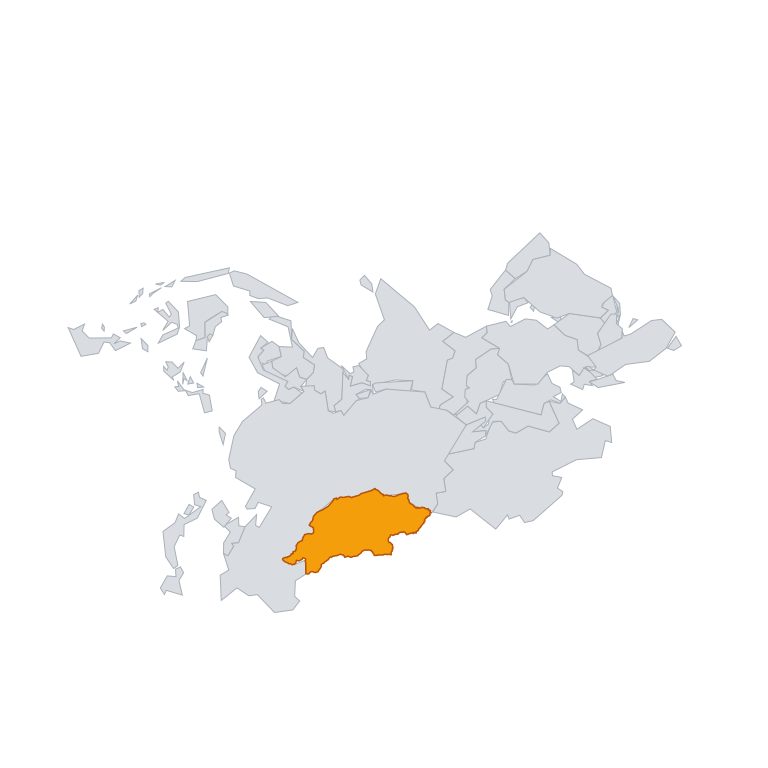 Mongolia on a map of Asia (Mercator projection), rotated 156°
{"feature_id": "MNG", "entity_name": "Mongolia", "entity_type": "country or territory", "adm_level": 0, "iso_a3": "MNG", "parent_name": "Asia", "parent_adm1": "", "projection": "mercator", "projection_center": [102.872, 46.856], "detail": "fine", "context": "in_parent", "style": "filled", "palette": "amber", "viewbox_px": 768, "rotation_deg": 156, "n_neighbors": 45, "source": "natural_earth", "source_scale": "50m", "svg_char_len": 18774}
<svg xmlns="http://www.w3.org/2000/svg" viewBox="0 0 768 768"><g transform="rotate(156 384 384)"><path d="M391.4,247.2L383.7,252.7L380.8,263.1L371.3,260.8L367.8,273.3L355.8,277.5L360.1,289.2L357.2,294.6L328.1,288.4L324.6,293.6L313.5,292.3L301.3,305.4L292.0,302.2L289.1,290.4L283.3,285.5L269.4,287.0L252.5,273.0L240.1,277.0L240.3,301.3L231.2,294.8L223.6,298.3L223.6,291.7L213.1,279.6L226.2,275.2L226.2,264.2L207.3,267.3L194.6,253.2L199.8,237.9L204.8,242.3L215.3,228.4L239.1,236.6L266.2,235.3L267.4,231.7L259.6,226.3L267.9,218.3L264.4,212.8L266.6,210.0L303.3,198.5L312.0,200.3L313.5,208.9L324.7,209.7L324.3,214.2L341.0,206.0L356.1,234.8L372.2,233.2L391.4,247.2Z" fill="#d9dde1" stroke="#a8b0b8" stroke-width="1"/><path d="M240.3,301.3L240.1,277.0L252.5,273.0L269.4,287.0L283.3,285.5L289.1,290.4L292.0,302.2L299.5,305.5L312.5,295.2L309.9,300.0L322.5,304.2L316.4,308.7L310.7,308.3L311.0,303.6L304.6,305.0L300.8,312.6L296.8,312.3L300.1,321.1L297.4,327.2L253.1,292.0L245.7,301.2L240.3,301.3Z" fill="#d9dde1" stroke="#a8b0b8" stroke-width="1"/><path d="M649.5,532.5L649.6,564.0L645.3,560.0L633.2,560.6L638.2,555.3L634.7,545.9L614.2,537.0L610.9,539.8L606.1,533.5L614.3,530.6L607.3,530.6L599.0,524.5L615.7,523.7L617.8,533.3L622.8,536.2L632.3,528.2L649.5,532.5ZM572.3,562.9L569.8,569.0L565.1,569.5L567.6,564.9L572.3,562.9ZM616.8,553.2L616.3,549.6L618.2,546.2L619.3,549.9L616.8,553.2ZM538.2,500.0L535.5,504.4L543.6,515.6L537.9,516.2L529.9,539.3L501.4,534.1L495.3,518.0L498.7,510.3L502.8,516.2L518.6,514.1L522.5,513.1L528.5,499.2L538.2,500.0ZM586.4,536.3L598.8,534.9L600.5,538.5L586.4,536.3ZM581.5,538.2L578.2,537.3L577.2,535.3L582.1,535.0L581.5,538.2ZM586.6,509.5L590.2,514.5L587.4,524.3L584.0,515.1L586.6,509.5ZM552.7,513.7L573.6,513.1L566.1,518.8L549.3,518.8L548.6,522.5L552.9,526.7L564.5,522.9L555.7,529.1L563.6,545.7L559.2,545.4L561.5,541.5L555.6,542.0L553.1,532.6L549.9,534.1L550.5,546.6L547.4,547.3L542.5,533.4L547.6,519.2L552.7,513.7ZM552.1,568.2L543.4,566.2L547.9,565.2L552.1,568.2ZM548.0,562.5L558.1,560.8L562.4,559.0L561.7,561.7L548.0,562.5ZM538.3,559.0L544.2,562.0L532.7,563.6L538.3,559.0ZM481.3,548.4L512.9,553.5L527.7,560.4L522.3,562.2L478.0,553.0L481.3,548.4ZM468.7,523.4L481.6,534.7L480.2,548.2L474.8,548.3L464.6,540.3L429.5,493.6L440.1,494.7L455.3,509.9L464.2,513.2L470.6,519.5L468.7,523.4Z" fill="#d9dde1" stroke="#a8b0b8" stroke-width="1"/><path d="M572.9,565.4L577.0,560.7L583.7,560.5L572.9,565.4Z" fill="#d9dde1" stroke="#a8b0b8" stroke-width="1"/><path d="M143.4,350.0L139.3,358.1L139.1,371.3L135.9,361.7L139.9,351.1L143.4,350.0Z" fill="#d9dde1" stroke="#a8b0b8" stroke-width="1"/><path d="M147.2,344.6L140.0,351.1L146.4,342.4L147.2,344.6Z" fill="#d9dde1" stroke="#a8b0b8" stroke-width="1"/><path d="M142.1,355.1L139.1,361.0L140.3,354.3L142.1,355.1Z" fill="#d9dde1" stroke="#a8b0b8" stroke-width="1"/><path d="M142.1,355.1L157.7,349.4L159.6,356.4L149.1,360.1L153.9,365.7L144.6,373.0L139.1,371.3L142.1,355.1Z" fill="#d9dde1" stroke="#a8b0b8" stroke-width="1"/><path d="M219.2,399.7L230.9,400.3L241.7,391.9L235.7,408.8L221.2,406.2L219.2,399.7Z" fill="#d9dde1" stroke="#a8b0b8" stroke-width="1"/><path d="M215.5,397.0L215.2,393.1L217.8,389.7L219.3,394.5L215.5,397.0Z" fill="#d9dde1" stroke="#a8b0b8" stroke-width="1"/><path d="M198.6,368.2L204.0,376.5L195.1,373.5L198.6,368.2Z" fill="#d9dde1" stroke="#a8b0b8" stroke-width="1"/><path d="M159.6,356.4L157.7,349.4L168.3,343.4L169.7,331.9L176.9,325.8L186.4,327.1L192.7,336.0L189.5,346.0L198.8,354.6L204.7,368.9L186.1,373.1L159.6,356.4Z" fill="#d9dde1" stroke="#a8b0b8" stroke-width="1"/><path d="M236.7,407.7L242.4,396.1L258.8,409.8L249.3,420.5L248.6,427.1L226.6,438.7L221.2,426.8L235.7,421.7L238.9,411.4L236.7,407.7ZM242.8,388.7L240.8,390.0L242.2,388.2L242.8,388.7Z" fill="#d9dde1" stroke="#a8b0b8" stroke-width="1"/><path d="M464.6,460.9L466.6,450.8L481.3,452.5L483.4,449.1L488.8,454.2L488.2,460.1L480.1,463.9L482.3,466.9L469.0,468.5L464.6,460.9Z" fill="#d9dde1" stroke="#a8b0b8" stroke-width="1"/><path d="M477.3,450.6L466.6,450.8L464.6,460.9L452.6,454.9L448.4,475.3L462.5,490.0L457.7,492.5L443.3,479.6L450.2,462.3L443.5,446.3L446.9,441.1L439.6,429.6L443.8,423.2L452.7,419.6L458.3,424.5L457.3,434.4L467.6,430.3L474.9,434.8L479.1,444.1L477.3,450.6Z" fill="#d9dde1" stroke="#a8b0b8" stroke-width="1"/><path d="M487.7,450.9L477.3,450.6L479.1,444.1L471.2,430.7L457.3,434.4L458.3,424.5L452.7,419.6L460.9,415.7L460.1,409.7L467.6,417.8L473.5,417.8L475.4,422.3L470.9,425.5L487.4,442.4L487.7,450.9Z" fill="#d9dde1" stroke="#a8b0b8" stroke-width="1"/><path d="M452.7,419.6L443.8,423.2L439.6,429.6L446.9,441.1L443.5,446.3L450.2,462.3L445.2,471.9L445.0,456.3L438.5,437.3L429.9,443.4L424.2,441.8L424.9,430.8L415.1,414.1L428.7,387.2L438.4,384.5L439.3,378.1L445.8,382.2L440.7,401.5L445.7,400.6L449.9,406.5L448.5,410.8L457.7,412.2L452.7,419.6Z" fill="#d9dde1" stroke="#a8b0b8" stroke-width="1"/><path d="M473.0,469.2L482.3,466.9L480.1,463.9L488.2,460.1L488.6,445.9L470.9,425.5L475.4,422.3L473.5,417.8L467.6,417.8L462.6,409.0L477.8,404.4L490.9,413.7L479.4,426.5L494.9,445.6L496.4,463.4L477.0,478.4L473.0,469.2Z" fill="#d9dde1" stroke="#a8b0b8" stroke-width="1"/><path d="M599.6,294.3L595.1,304.1L584.7,311.2L587.9,319.8L571.1,321.4L574.3,313.5L568.9,310.1L572.9,306.0L581.5,298.1L587.9,300.3L587.2,296.9L596.5,290.5L599.6,294.3Z" fill="#d9dde1" stroke="#a8b0b8" stroke-width="1"/><path d="M578.1,323.5L588.6,318.3L593.9,329.4L592.2,339.5L579.6,343.6L577.8,329.7L581.4,328.7L578.1,323.5Z" fill="#d9dde1" stroke="#a8b0b8" stroke-width="1"/><path d="M439.3,378.1L438.4,384.5L428.7,387.2L416.9,411.2L414.4,402.9L412.3,406.3L409.6,403.6L415.5,395.8L403.7,394.2L397.1,387.9L395.5,391.6L398.9,394.4L394.8,398.3L397.8,399.7L398.7,413.0L389.5,414.0L387.2,420.9L366.5,439.2L357.5,442.5L355.3,469.8L344.1,481.5L324.8,442.0L320.5,414.7L310.1,417.2L299.1,402.6L312.9,399.1L305.5,385.3L310.8,379.6L316.4,380.0L333.1,355.8L325.9,344.0L340.9,342.0L345.5,337.1L350.7,343.9L349.9,360.0L361.3,367.5L356.4,375.2L371.8,383.0L394.7,388.1L398.0,379.1L398.5,384.4L402.8,386.5L413.8,385.8L412.2,380.8L433.5,371.6L434.1,377.3L439.3,378.1Z" fill="#d9dde1" stroke="#a8b0b8" stroke-width="1"/><path d="M414.4,402.9L415.5,418.3L410.9,407.4L406.5,407.2L405.4,412.3L399.4,411.1L394.8,398.3L398.9,394.4L395.5,391.6L397.1,387.9L403.7,394.2L415.5,395.8L409.6,403.6L412.3,406.3L414.4,402.9Z" fill="#d9dde1" stroke="#a8b0b8" stroke-width="1"/><path d="M412.2,380.8L413.8,385.8L398.5,384.4L404.1,377.9L412.2,380.8Z" fill="#d9dde1" stroke="#a8b0b8" stroke-width="1"/><path d="M395.0,380.2L394.7,388.1L390.7,388.2L356.4,375.2L363.3,366.2L384.0,378.4L395.0,380.2Z" fill="#d9dde1" stroke="#a8b0b8" stroke-width="1"/><path d="M345.5,337.1L340.9,342.0L325.9,344.0L333.1,355.8L316.4,380.0L310.8,379.6L305.5,385.3L312.9,399.1L299.1,402.6L290.4,393.4L266.9,395.2L268.7,389.0L275.7,386.3L263.9,369.5L272.0,372.3L290.3,369.1L293.1,361.2L304.5,357.9L316.7,331.0L332.7,327.3L337.6,334.7L345.5,337.1Z" fill="#d9dde1" stroke="#a8b0b8" stroke-width="1"/><path d="M282.6,327.4L304.0,327.2L311.7,319.0L316.7,329.7L323.5,325.1L332.7,327.3L313.9,333.6L315.6,339.1L312.1,345.9L307.5,345.7L309.4,349.5L304.5,357.9L293.1,361.2L290.3,369.1L272.0,372.3L263.9,369.5L268.3,364.4L262.3,351.7L265.5,336.1L274.1,337.6L282.6,327.4Z" fill="#d9dde1" stroke="#a8b0b8" stroke-width="1"/><path d="M297.4,327.2L300.1,321.1L296.8,312.3L311.0,303.6L312.7,308.1L305.3,312.6L325.5,313.2L331.8,325.5L316.7,329.7L311.7,319.0L304.0,327.2L297.4,327.2Z" fill="#d9dde1" stroke="#a8b0b8" stroke-width="1"/><path d="M312.5,295.2L324.6,293.6L328.1,288.4L357.2,294.6L325.5,313.2L305.3,312.6L305.7,309.0L322.5,304.2L309.9,300.0L312.5,295.2Z" fill="#d9dde1" stroke="#a8b0b8" stroke-width="1"/><path d="M223.6,298.3L231.2,294.8L237.8,301.6L245.7,301.2L253.1,292.0L291.2,322.2L291.1,325.9L287.4,324.1L270.4,338.4L265.5,336.1L265.1,331.1L246.9,321.8L230.5,326.9L230.3,316.2L224.6,309.4L225.6,304.1L234.4,303.6L229.5,296.1L225.1,302.4L223.6,298.3Z" fill="#d9dde1" stroke="#a8b0b8" stroke-width="1"/><path d="M204.7,368.9L198.8,354.6L189.5,346.0L192.7,336.0L183.8,322.2L183.3,313.2L193.0,317.5L202.3,312.3L207.8,324.6L215.7,328.9L230.0,328.3L243.5,321.3L265.1,331.1L262.3,351.7L268.3,364.4L263.9,369.5L275.7,386.3L268.7,389.0L266.9,395.2L247.2,391.7L245.1,385.1L228.4,386.0L218.9,380.3L212.2,367.7L204.7,368.9Z" fill="#d9dde1" stroke="#a8b0b8" stroke-width="1"/><path d="M142.9,353.3L147.2,344.6L143.8,337.6L147.8,329.2L174.8,326.7L169.7,331.9L168.3,343.4L148.3,355.5L142.9,353.3Z" fill="#d9dde1" stroke="#a8b0b8" stroke-width="1"/><path d="M194.8,317.3L181.1,308.0L180.7,302.7L190.2,304.5L194.8,317.3Z" fill="#d9dde1" stroke="#a8b0b8" stroke-width="1"/><path d="M186.4,327.1L147.8,329.2L145.0,335.1L145.0,330.2L138.1,329.3L113.9,333.2L104.0,330.1L96.9,313.0L111.7,301.9L132.3,296.8L155.5,303.6L176.1,299.6L186.6,311.4L183.3,313.2L186.4,327.1ZM96.7,298.0L105.7,296.8L110.5,301.4L97.8,308.7L96.7,298.0Z" fill="#d9dde1" stroke="#a8b0b8" stroke-width="1"/><path d="M364.6,483.7L363.8,488.7L357.6,491.2L354.5,480.4L356.7,472.5L364.6,483.7Z" fill="#d9dde1" stroke="#a8b0b8" stroke-width="1"/><path d="M497.8,430.9L493.7,424.9L504.1,421.3L501.9,428.4L497.8,430.9ZM325.5,313.2L360.1,289.2L355.8,277.5L367.8,273.3L371.3,260.8L380.8,263.1L383.7,252.7L393.2,246.6L408.7,263.9L408.6,275.0L429.6,282.1L434.6,292.2L456.2,292.6L476.1,299.5L496.7,293.5L509.1,285.4L506.8,280.7L509.3,276.3L517.0,278.3L536.0,265.4L546.8,265.3L539.1,255.5L526.7,255.0L532.4,242.2L545.0,240.3L552.0,226.3L549.3,220.1L559.2,214.7L577.0,219.8L585.3,243.1L593.6,245.5L601.3,257.5L620.7,252.5L611.4,276.0L601.5,277.2L599.6,294.3L596.5,290.5L587.2,296.9L587.9,300.3L581.5,298.1L568.9,310.1L553.5,316.5L558.8,307.0L556.3,303.7L536.5,317.5L547.0,327.1L552.4,322.8L559.8,325.3L560.5,328.5L544.3,340.5L557.6,359.0L554.5,364.8L558.5,369.5L556.5,378.3L541.9,398.1L528.6,407.3L504.1,414.5L502.4,420.0L499.8,420.3L499.6,414.5L486.1,412.4L484.5,407.3L477.8,404.4L460.1,409.7L460.9,415.7L448.5,410.8L449.9,406.5L445.7,400.6L440.7,401.5L445.8,382.2L442.1,377.7L434.1,377.3L433.5,371.6L416.1,380.1L404.1,377.9L398.4,383.3L398.0,379.1L384.0,378.4L349.9,360.0L350.7,343.9L337.6,334.7L325.5,313.2Z" fill="#d9dde1" stroke="#a8b0b8" stroke-width="1"/><path d="M555.6,394.1L554.1,407.3L552.0,411.6L548.9,403.3L555.6,394.1Z" fill="#d9dde1" stroke="#a8b0b8" stroke-width="1"/><path d="M194.3,297.8L201.1,302.3L204.8,298.1L213.5,308.0L209.5,308.5L206.2,320.1L202.3,312.3L194.8,317.3L190.5,310.3L187.4,301.7L194.8,302.9L194.3,297.8ZM193.0,317.5L189.7,316.7L186.6,311.4L191.1,312.9L193.0,317.5Z" fill="#d9dde1" stroke="#a8b0b8" stroke-width="1"/><path d="M163.3,287.5L189.8,293.6L195.4,302.1L171.0,299.9L170.5,292.7L163.3,287.5Z" fill="#d9dde1" stroke="#a8b0b8" stroke-width="1"/><path d="M554.5,460.8L550.0,454.6L555.8,456.5L554.5,460.8ZM562.8,476.4L562.6,467.3L564.5,470.3L568.0,465.6L562.8,476.4ZM574.5,472.8L579.9,485.3L578.2,489.7L576.5,484.8L574.2,487.2L574.4,493.1L568.7,490.3L565.8,482.1L557.6,485.3L565.2,478.0L574.7,476.5L574.5,472.8ZM546.9,468.9L534.8,479.6L546.1,464.9L546.9,468.9ZM559.7,430.7L556.7,450.3L567.4,453.0L568.0,459.1L562.5,454.1L551.4,452.6L553.2,449.3L548.0,444.9L551.9,429.3L559.7,430.7ZM558.0,469.4L557.5,462.3L563.4,463.8L558.0,469.4ZM574.9,461.0L576.2,466.5L572.5,465.2L571.5,470.9L568.9,459.0L574.9,461.0Z" fill="#d9dde1" stroke="#a8b0b8" stroke-width="1"/><path d="M452.6,488.8L466.4,493.3L472.5,513.7L458.9,506.7L452.6,488.8ZM538.2,500.0L528.5,499.2L522.5,513.1L502.8,516.2L499.5,513.5L498.7,510.3L505.9,511.1L506.9,507.0L514.7,505.0L520.5,498.2L526.0,499.2L532.7,486.6L544.5,493.9L538.2,500.0Z" fill="#d9dde1" stroke="#a8b0b8" stroke-width="1"/><path d="M526.5,493.7L526.0,499.2L522.7,500.7L520.5,498.2L526.5,493.7Z" fill="#d9dde1" stroke="#a8b0b8" stroke-width="1"/><path d="M653.7,314.8L645.9,339.2L631.3,342.3L624.4,348.9L621.0,342.3L601.3,346.5L606.1,350.7L602.9,360.4L597.5,360.6L598.7,355.5L593.7,349.9L609.1,337.4L623.8,336.9L628.9,326.2L632.1,329.1L641.9,320.7L646.1,302.1L651.2,300.9L653.7,314.8ZM666.8,284.0L670.2,281.1L671.3,288.6L660.0,296.9L652.4,292.5L649.8,299.6L644.4,299.7L643.8,293.2L651.3,287.8L654.1,273.2L666.8,284.0ZM607.9,348.9L615.3,343.7L619.5,346.9L611.0,353.3L607.9,348.9Z" fill="#d9dde1" stroke="#a8b0b8" stroke-width="1"/><path d="M221.2,426.8L226.6,438.7L222.0,444.0L180.2,458.7L176.0,445.9L179.8,434.0L197.2,437.2L207.4,428.8L221.2,426.8Z" fill="#d9dde1" stroke="#a8b0b8" stroke-width="1"/><path d="M139.2,372.1L151.5,368.5L153.9,365.7L149.1,360.1L159.6,356.4L186.1,373.1L199.4,374.0L212.3,386.6L221.2,406.2L236.7,407.7L238.9,411.4L235.7,421.7L207.4,428.8L197.2,437.2L179.8,434.0L176.9,440.2L159.3,415.1L156.2,402.6L137.7,379.2L139.2,372.1Z" fill="#d9dde1" stroke="#a8b0b8" stroke-width="1"/><path d="M137.4,336.0L129.7,342.5L126.2,339.4L137.4,336.0Z" fill="#d9dde1" stroke="#a8b0b8" stroke-width="1"/><path d="M393.5,247.5L394.1,247.5L395.0,246.9L395.1,246.5L395.1,245.9L395.4,245.4L396.3,245.2L396.6,245.3L397.5,245.2L398.0,245.5L398.4,245.4L398.6,245.2L398.6,244.8L398.8,244.8L399.1,245.2L399.3,245.3L399.8,245.0L400.1,244.8L400.2,244.3L400.4,244.1L400.7,244.2L401.2,244.2L401.5,243.9L402.4,243.4L402.5,243.2L402.3,242.7L402.4,242.1L402.8,241.7L403.5,241.7L404.0,241.4L404.1,240.8L404.3,240.6L405.1,240.5L406.6,239.7L407.2,239.7L407.7,239.0L408.1,238.9L409.0,238.2L410.5,237.8L410.9,237.8L411.0,237.4L411.4,237.1L411.7,237.0L412.3,236.3L412.7,236.1L414.6,236.0L415.0,235.5L415.1,234.9L415.4,234.8L415.7,235.3L416.5,235.9L416.7,236.1L417.0,236.2L417.4,235.5L417.8,235.4L418.2,235.5L418.5,236.4L419.0,236.8L419.8,236.7L421.5,236.9L423.7,237.0L424.5,237.1L424.7,237.5L425.0,239.1L425.0,239.7L425.2,240.0L425.5,240.1L426.0,240.7L426.3,241.2L426.8,241.0L427.8,241.0L428.2,241.3L428.3,241.6L428.7,241.8L430.0,241.8L430.2,242.0L430.6,242.0L430.9,241.7L431.5,241.6L431.9,241.2L432.2,241.2L432.6,241.6L432.9,241.5L433.0,241.3L434.0,241.7L434.4,242.1L434.8,242.1L435.4,241.9L435.5,242.1L435.8,242.2L436.4,242.0L437.7,242.2L438.2,242.8L438.4,243.1L438.7,243.3L439.5,243.3L440.3,242.5L440.6,242.0L441.2,241.7L441.9,241.7L442.3,241.4L442.6,241.2L443.1,240.7L443.8,239.1L444.0,237.7L443.9,237.3L443.6,237.1L443.3,237.0L442.7,236.5L442.4,235.5L442.3,234.9L441.7,233.9L441.8,233.4L442.1,232.5L442.2,231.6L442.3,231.1L442.5,230.9L442.7,230.3L443.1,230.0L443.4,230.0L443.6,229.9L443.7,229.3L444.0,228.6L444.3,228.2L445.6,227.6L446.2,226.8L446.4,226.4L446.6,225.5L446.9,225.1L447.2,225.2L447.5,225.8L447.8,225.8L449.3,226.6L450.8,227.0L451.8,227.9L452.3,228.1L454.4,228.2L458.1,229.8L458.8,230.3L459.2,230.1L459.7,230.2L462.3,231.1L462.6,231.4L462.6,231.8L462.5,232.1L462.5,232.9L462.7,233.4L462.9,234.5L462.8,235.1L462.9,235.4L463.1,235.5L463.3,235.9L463.2,236.5L463.2,236.9L463.4,237.2L464.1,237.4L464.4,237.9L465.1,238.4L465.9,238.8L467.4,239.1L467.7,239.3L468.1,239.8L468.6,239.9L469.7,240.3L470.5,240.0L471.8,240.2L472.3,240.1L473.1,239.3L473.7,239.0L474.3,238.9L474.7,238.8L476.1,238.5L476.7,238.4L477.5,237.9L478.1,237.8L479.6,238.2L480.4,238.3L481.4,238.8L482.1,239.0L483.8,238.9L484.5,239.0L485.6,239.9L486.1,240.7L487.0,241.4L488.9,241.5L490.3,241.7L490.4,241.9L490.4,242.5L490.4,243.6L490.5,243.9L490.7,244.0L490.8,244.4L491.7,244.9L492.6,245.8L493.2,246.2L493.6,246.4L494.2,246.3L496.6,246.3L497.7,246.6L498.0,246.8L501.3,247.5L501.8,247.2L502.4,247.1L503.3,247.7L503.7,247.7L504.3,247.5L506.7,246.1L507.2,246.2L508.6,245.8L510.3,245.6L511.7,244.9L512.3,244.8L513.3,245.0L513.8,244.9L515.0,244.2L515.5,242.8L517.5,241.3L519.0,240.6L519.9,239.8L521.0,239.3L521.4,239.4L523.1,239.6L524.4,240.3L524.8,240.9L525.7,241.7L526.4,242.1L527.8,242.2L529.8,241.2L530.2,241.3L530.9,241.5L531.8,241.9L532.2,242.2L532.5,242.6L529.3,249.9L529.3,250.3L528.9,251.0L528.3,251.8L528.2,252.7L528.2,253.5L528.1,254.2L526.9,255.1L527.0,256.4L527.3,256.9L527.8,257.4L528.7,258.2L529.1,258.1L529.5,257.5L530.3,257.0L531.6,257.2L532.3,257.0L532.8,256.9L533.5,257.1L534.3,257.4L534.9,257.9L535.4,258.4L535.7,258.5L536.2,257.9L536.6,257.4L537.7,256.1L538.7,256.0L539.0,255.9L539.5,255.8L539.9,256.0L541.2,256.1L541.5,256.4L542.4,257.7L543.7,258.3L544.0,258.5L544.2,259.2L544.4,259.4L545.0,259.8L545.2,260.2L546.1,261.3L547.0,262.1L547.2,262.5L547.3,262.9L547.4,263.3L547.9,264.1L547.9,264.6L547.9,265.0L547.8,265.4L547.0,265.9L546.6,265.9L545.9,265.7L545.2,265.8L544.4,265.7L543.7,265.3L543.4,265.0L542.8,264.8L542.6,264.9L542.3,265.3L541.9,265.2L541.6,265.3L540.3,265.1L539.1,265.5L538.4,265.8L537.9,266.4L537.5,266.5L537.2,266.5L536.6,266.0L536.1,266.0L535.9,266.1L535.7,267.1L535.7,267.4L535.6,267.6L535.3,267.7L533.9,267.6L533.3,267.4L533.0,267.5L532.5,267.9L532.1,267.9L531.9,268.1L531.7,268.7L530.9,269.4L530.2,270.9L530.3,271.5L530.1,271.9L529.7,272.3L529.4,272.3L528.8,272.7L527.6,273.8L525.1,274.3L524.0,274.4L523.1,274.1L522.6,274.2L522.2,274.3L522.0,274.5L521.9,275.1L521.6,275.6L520.3,276.6L519.9,277.2L519.7,277.4L518.9,277.7L517.9,278.6L517.6,278.7L516.2,278.4L515.0,278.3L513.3,277.8L512.8,277.5L512.3,276.9L511.9,276.6L510.5,276.5L510.1,276.4L509.4,276.5L508.7,277.2L508.1,278.2L507.7,279.2L507.5,280.3L507.1,280.9L507.0,281.3L507.2,281.6L507.4,281.9L507.6,282.4L508.0,283.0L509.1,284.2L509.6,285.0L509.6,285.4L509.6,285.7L509.3,285.9L508.8,286.0L507.7,287.1L505.1,288.1L502.5,291.4L502.2,291.8L498.8,293.3L497.6,293.9L497.1,294.0L496.1,294.0L494.0,294.2L491.5,294.0L484.8,295.0L480.4,296.9L477.7,298.4L477.2,298.6L476.5,299.4L476.2,299.5L475.6,299.2L473.8,299.1L473.8,297.7L470.0,298.5L467.0,296.8L462.6,295.9L461.7,295.5L461.2,295.0L460.4,293.9L460.2,293.6L459.4,293.4L457.4,293.3L452.1,292.5L449.6,293.2L438.7,291.7L434.8,292.2L434.6,292.0L434.6,291.3L434.4,290.8L433.7,290.3L433.3,289.7L432.5,289.0L432.3,288.5L432.2,287.8L431.0,284.7L430.7,284.0L430.4,283.8L429.8,283.7L429.7,283.5L429.7,283.0L429.9,282.0L429.8,281.9L428.4,282.0L426.7,281.4L425.7,280.6L425.1,280.2L424.3,279.4L423.1,279.2L422.7,278.9L422.1,278.1L421.7,277.7L421.0,277.4L419.9,277.1L417.5,276.7L416.5,276.9L415.7,276.9L414.5,276.7L413.8,276.5L411.7,276.5L411.0,276.1L410.4,276.2L409.9,276.0L409.5,275.7L409.1,275.5L408.7,275.5L408.3,275.6L408.2,275.2L407.7,274.4L407.7,274.1L407.2,273.4L407.5,272.0L407.9,271.1L408.2,270.9L408.9,269.9L408.9,269.4L408.6,268.9L408.4,268.2L408.5,267.9L408.7,267.4L409.0,266.4L409.0,266.2L408.9,266.0L408.8,264.9L408.2,263.4L407.5,263.1L406.5,261.1L406.4,260.8L406.3,260.2L406.1,259.5L405.7,258.9L405.7,258.5L405.6,258.3L405.0,258.1L404.6,257.8L404.4,257.4L404.3,257.1L404.2,256.9L403.9,256.8L403.6,257.1L403.3,257.3L403.0,257.2L402.3,256.7L402.0,256.0L401.6,255.8L400.8,255.8L400.2,256.1L399.5,256.0L398.9,255.4L398.5,255.3L397.2,254.4L397.2,253.7L396.9,253.2L396.4,253.1L395.9,252.6L394.3,252.0L394.3,251.8L394.3,251.6L394.7,251.1L394.7,250.9L394.6,250.7L393.6,250.3L393.5,249.9L393.2,249.6L393.3,249.3L393.8,249.0L393.8,248.7L393.6,248.5L393.6,248.1L393.6,247.9L393.5,247.5Z" fill="#f59e0b" stroke="#b45309" stroke-width="1.5"/></g></svg>